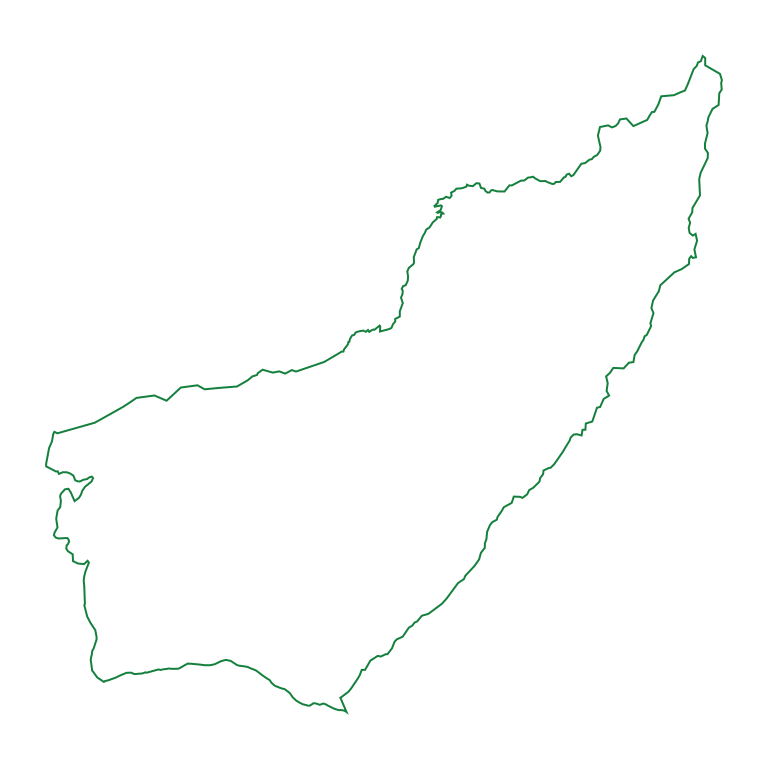 outline of San Juan Atepec, Oaxaca, Mexico
{"feature_id": "50627088B87401824717268", "entity_name": "San Juan Atepec", "entity_type": "district", "adm_level": 2, "iso_a3": "MEX", "parent_name": "Mexico", "parent_adm1": "Oaxaca", "projection": "equal_earth", "projection_center": [-96.489, 17.474], "detail": "fine", "context": "isolated", "style": "outline", "palette": "green", "viewbox_px": 768, "rotation_deg": 0, "n_neighbors": 0, "source": "geoboundaries", "source_scale": "gbopen_adm2", "svg_char_len": 5683}
<svg xmlns="http://www.w3.org/2000/svg" viewBox="0 0 768 768"><path d="M92.0,669.2L92.0,670.2L97.3,677.5L103.9,681.9L104.8,681.1L108.6,680.2L112.7,678.7L115.4,677.8L120.3,675.4L126.5,672.8L130.6,672.7L131.0,672.6L134.4,674.1L140.6,673.6L141.8,673.5L142.9,673.3L145.4,672.3L146.7,672.7L158.3,669.5L160.8,669.9L162.9,669.4L167.7,668.8L168.2,668.5L173.2,668.9L178.5,668.7L182.2,666.7L185.7,664.6L186.9,664.1L187.9,663.5L189.3,663.8L190.5,663.7L199.1,664.5L204.9,665.2L207.7,665.2L208.3,665.3L210.8,665.1L214.8,664.2L219.5,661.9L221.3,661.1L225.9,659.9L228.3,660.4L230.7,660.9L237.1,665.1L238.8,665.6L245.8,666.6L247.7,667.0L248.9,667.5L250.0,668.1L253.4,669.4L254.5,669.8L256.2,670.6L258.1,672.0L260.8,674.1L262.8,675.6L266.7,678.3L269.7,680.1L271.5,682.8L272.8,684.0L274.4,685.4L276.4,686.5L278.0,686.9L278.6,687.3L282.8,688.8L283.9,688.8L285.0,689.4L285.9,690.1L288.6,692.1L289.9,693.2L292.7,697.3L296.2,700.6L300.2,703.0L300.7,703.1L302.5,704.2L306.3,705.1L308.0,705.7L309.7,705.7L313.6,703.2L316.1,703.5L319.8,704.8L322.8,703.7L324.1,703.7L325.3,704.3L326.2,704.5L327.9,705.6L328.5,705.9L332.7,708.0L333.4,708.4L337.6,709.8L339.2,710.2L340.9,710.0L344.1,710.6L345.5,711.3L345.8,711.5L346.5,712.0L340.8,698.7L340.3,697.9L348.4,691.8L351.1,688.5L357.5,679.0L358.6,677.2L359.8,675.1L361.7,670.0L365.1,669.8L370.4,660.6L377.7,655.9L380.9,656.5L385.7,654.2L387.5,654.2L392.0,648.3L394.6,641.6L396.9,639.3L402.7,636.7L408.8,627.7L412.4,625.5L414.4,622.7L417.2,621.4L421.9,615.7L428.3,613.9L442.0,603.7L446.8,598.3L458.0,583.1L464.0,579.0L465.3,575.8L474.7,565.7L479.1,559.4L480.9,552.9L484.8,547.8L484.9,543.3L486.4,539.3L487.1,531.9L490.1,524.8L492.3,522.1L496.8,519.7L497.6,516.8L501.6,511.2L503.8,507.2L511.7,502.9L513.8,496.6L520.0,496.8L522.5,497.9L527.2,494.3L529.2,490.1L533.2,487.8L539.4,481.7L540.2,478.0L543.1,474.2L543.5,470.5L549.2,467.8L550.6,467.8L554.2,464.2L562.8,451.9L565.1,447.9L569.7,440.5L570.6,437.6L573.6,434.6L576.7,434.2L581.6,435.4L582.5,429.8L585.4,429.7L585.8,423.5L592.3,421.5L597.0,407.7L600.1,407.0L603.7,398.9L609.1,395.6L606.6,390.9L607.7,383.1L606.1,376.4L609.8,373.0L613.3,367.9L623.6,368.4L628.9,362.7L633.4,362.1L634.7,354.9L637.3,351.2L641.7,342.3L643.3,340.2L644.7,336.2L646.8,334.9L651.1,326.1L650.4,323.2L653.5,313.1L651.4,308.1L653.1,300.4L658.8,291.3L660.3,285.3L674.4,272.3L681.5,269.2L689.0,264.0L689.2,258.8L691.1,256.2L692.7,257.9L696.0,257.3L694.4,249.4L697.1,240.7L695.6,233.9L692.8,235.6L689.6,232.9L688.7,228.0L690.1,222.7L688.6,218.7L692.2,212.4L692.5,208.0L700.0,195.4L699.2,179.2L700.6,172.9L707.7,158.1L707.9,153.0L705.0,148.6L705.0,143.5L707.6,133.0L706.4,125.7L707.7,121.2L708.4,117.3L712.5,108.9L718.6,105.0L719.3,93.2L721.7,89.6L721.2,83.0L721.9,80.1L720.0,73.9L705.2,65.3L705.2,58.0L702.7,56.0L700.8,61.3L698.0,62.4L696.7,66.0L693.7,69.0L687.8,84.2L685.0,90.5L680.2,92.4L673.9,95.2L661.2,96.3L658.4,104.3L654.4,111.8L652.1,112.0L650.3,114.4L647.2,119.9L633.4,126.1L626.4,118.5L620.0,119.4L618.1,123.4L615.6,126.0L612.0,127.4L608.1,125.4L600.0,127.0L597.9,135.6L600.5,147.1L600.2,150.6L597.3,154.9L593.6,157.0L591.9,159.1L589.4,159.7L585.2,163.0L581.3,163.8L573.3,175.2L571.2,176.2L569.1,173.7L566.6,174.6L565.4,177.0L563.9,177.4L560.1,181.9L555.8,182.0L554.1,183.8L552.4,184.0L547.2,182.0L545.4,181.0L543.3,181.1L540.1,181.1L535.4,178.5L533.0,176.7L530.8,177.3L528.0,177.6L525.9,179.3L523.9,180.6L521.0,180.6L511.9,185.4L509.4,185.4L504.5,191.5L497.4,191.4L492.3,190.0L491.1,190.4L489.6,192.4L487.6,192.6L485.6,191.1L484.3,188.7L481.0,187.9L479.4,183.5L476.4,183.2L474.2,185.0L472.8,186.2L468.6,185.6L467.0,184.7L466.3,186.7L462.1,188.2L456.4,188.7L454.3,191.0L451.1,192.6L451.6,195.7L449.7,198.0L446.0,196.8L443.2,198.8L441.2,199.0L438.2,199.8L437.6,203.0L434.5,205.9L434.8,206.7L441.0,205.4L441.9,206.3L440.6,210.2L437.1,212.4L437.9,212.9L440.0,211.9L442.6,212.7L443.3,213.6L441.3,213.8L440.8,214.9L441.1,215.7L440.2,217.5L438.6,217.2L437.0,217.2L436.8,218.9L432.8,222.4L429.5,227.5L426.3,229.5L424.7,233.1L422.7,236.5L420.3,242.6L418.8,248.1L416.7,249.4L413.8,257.0L414.0,262.8L413.3,264.2L408.9,267.8L407.3,271.4L408.1,276.6L407.8,280.6L405.7,285.2L403.1,286.1L401.7,288.9L402.8,290.9L402.4,294.4L401.0,297.6L402.8,303.1L399.8,311.3L399.8,316.6L395.2,318.9L395.2,321.6L393.0,324.2L391.4,328.0L388.7,329.2L380.0,331.5L380.2,326.5L379.6,325.6L374.4,329.8L373.5,329.5L372.0,330.0L369.3,331.9L368.0,330.0L365.9,331.8L363.3,330.6L358.3,331.5L355.6,332.5L354.3,334.8L352.0,335.5L349.9,339.1L349.3,341.8L348.5,341.9L347.8,344.5L346.2,346.6L344.1,349.3L343.4,351.6L341.9,351.5L324.3,361.9L296.5,371.4L295.6,371.4L291.8,370.1L285.2,373.6L279.2,371.4L272.8,372.6L262.6,369.7L257.8,373.2L256.9,375.0L252.4,376.4L247.7,380.3L237.0,386.5L218.1,388.0L204.7,389.3L197.5,385.3L180.9,387.5L166.6,400.7L154.4,395.5L136.5,397.9L129.8,402.5L123.2,406.8L94.8,422.7L57.4,433.3L54.4,431.8L53.2,434.2L52.7,437.2L51.9,441.6L49.1,448.0L46.1,464.0L46.2,466.4L56.0,471.5L57.7,471.3L58.9,473.9L62.9,472.2L66.9,472.3L70.1,473.5L73.4,475.6L75.2,480.3L77.7,481.3L79.9,481.5L81.8,480.5L83.6,479.7L87.0,479.1L89.2,477.4L91.7,476.6L93.1,478.0L91.5,481.5L84.9,486.9L82.2,490.9L81.0,494.6L79.0,497.8L74.6,501.1L70.8,492.5L68.4,488.8L65.0,489.3L60.9,493.8L60.1,496.3L60.9,500.9L60.2,507.2L57.6,510.5L56.2,518.8L57.5,527.4L54.6,532.5L53.9,535.2L55.6,537.5L58.5,538.5L67.1,538.0L68.3,539.0L69.1,541.6L68.0,544.1L66.7,545.3L66.3,548.6L67.9,551.2L72.7,554.3L73.0,561.1L77.9,563.5L84.0,564.1L87.6,560.8L88.9,562.7L85.6,571.0L84.3,576.0L83.7,580.2L84.3,587.0L84.9,603.9L84.3,605.1L87.2,616.6L90.5,622.9L95.3,630.2L96.6,637.1L96.5,639.7L93.6,648.6L92.3,650.7L91.6,655.6L91.0,657.6L90.7,660.2L91.2,663.3L92.0,669.2Z" fill="none" stroke="#15803d" stroke-width="2"/></svg>